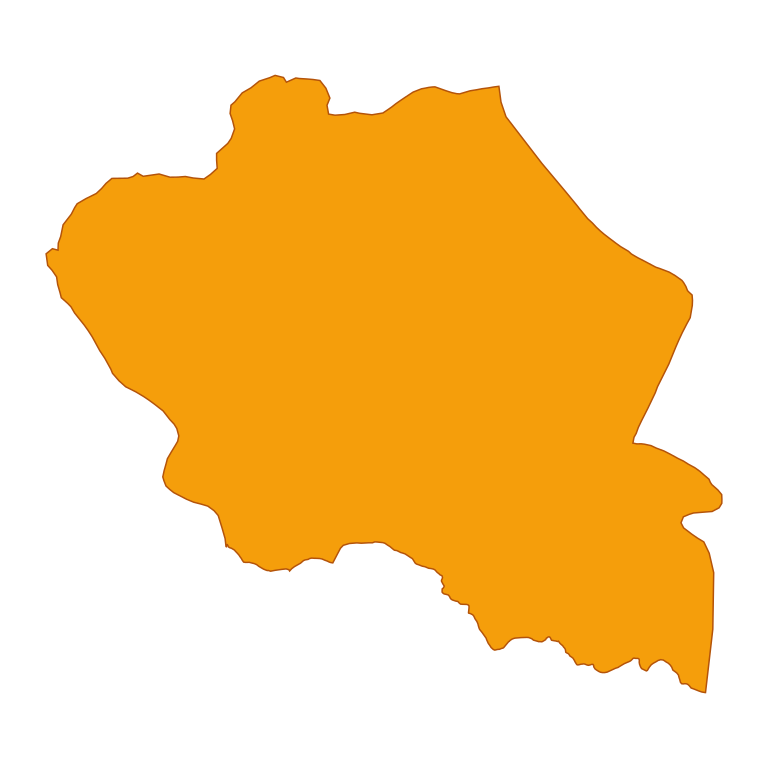 outline of Khoune, Xiangkhoang, Laos
{"feature_id": "54806243B13600000049447", "entity_name": "Khoune", "entity_type": "district", "adm_level": 2, "iso_a3": "LAO", "parent_name": "Laos", "parent_adm1": "Xiangkhoang", "projection": "natural_earth1", "projection_center": [103.534, 19.269], "detail": "fine", "context": "isolated", "style": "filled", "palette": "amber", "viewbox_px": 768, "rotation_deg": 0, "n_neighbors": 0, "source": "geoboundaries", "source_scale": "gbopen_adm2", "svg_char_len": 6050}
<svg xmlns="http://www.w3.org/2000/svg" viewBox="0 0 768 768"><path d="M434.0,86.9L432.2,87.0L428.8,87.4L425.4,88.1L421.5,88.8L413.1,92.1L406.1,96.7L400.9,100.2L395.9,103.7L391.7,107.0L386.8,110.4L382.9,113.0L371.9,114.8L359.6,113.3L354.7,112.2L344.8,114.5L335.0,115.2L328.6,114.1L327.0,105.3L329.9,98.1L325.9,88.2L319.9,80.5L313.0,79.5L307.1,79.0L299.2,78.5L295.8,78.0L286.4,82.2L283.5,77.5L275.1,75.4L269.7,77.7L259.3,81.1L251.0,87.8L242.2,92.9L234.9,101.8L231.0,105.2L230.1,113.5L232.6,120.7L234.6,128.9L231.2,138.4L227.8,143.4L216.6,153.4L216.6,160.1L217.2,168.4L210.4,174.5L204.0,179.0L193.2,178.0L185.3,176.5L177.9,177.1L170.0,177.2L159.1,174.0L143.2,176.3L137.5,173.1L133.1,176.5L127.7,178.2L111.9,178.4L106.0,183.4L101.6,188.5L96.3,193.5L86.0,198.6L77.2,203.7L74.7,207.6L71.3,214.2L63.1,224.8L60.7,236.5L58.3,243.1L58.0,250.2L52.4,248.7L46.1,253.8L47.7,265.4L52.1,270.3L56.6,276.9L57.7,284.6L60.1,292.9L61.3,297.7L67.6,303.3L71.0,306.8L74.6,313.0L84.2,325.0L88.2,330.6L92.2,336.8L99.8,350.7L104.9,358.4L110.9,369.3L112.5,373.3L119.0,380.8L125.7,386.8L135.7,391.8L143.6,396.5L148.5,399.8L154.0,403.8L163.1,410.9L169.8,419.5L174.1,424.1L176.8,428.5L178.8,435.9L177.7,441.3L175.5,445.1L171.3,452.0L167.4,458.7L166.1,463.7L164.1,470.8L162.8,476.9L163.9,480.6L166.0,486.0L169.7,489.4L173.7,492.6L186.7,499.3L193.7,502.2L201.1,504.1L207.8,506.1L214.1,510.7L218.2,515.5L222.1,528.1L225.1,538.6L226.0,546.5L226.3,546.7L226.5,546.3L226.7,545.6L226.9,544.8L227.1,544.6L227.4,544.6L228.0,545.8L228.3,546.8L229.7,547.7L231.5,548.3L233.0,549.2L234.5,550.1L235.2,551.0L237.2,553.1L238.9,555.0L240.0,556.7L241.4,558.6L242.2,560.1L243.6,562.1L244.4,562.2L245.2,562.4L247.3,562.4L249.2,562.3L251.4,562.9L254.3,563.6L256.6,564.6L258.9,566.4L261.6,568.0L263.5,569.1L265.7,570.0L267.1,570.5L268.5,570.5L270.6,571.2L275.2,570.3L281.6,569.4L286.1,568.9L288.9,569.7L289.6,571.0L289.7,570.9L291.7,568.7L294.5,566.6L300.5,563.2L303.5,560.6L305.2,559.9L308.1,559.4L309.7,558.5L311.7,558.1L314.4,558.3L315.7,558.3L319.7,558.5L322.1,559.0L324.8,560.2L327.3,561.1L329.1,562.0L330.9,562.6L332.8,562.9L337.6,553.7L340.5,548.2L343.3,545.3L349.4,543.5L356.8,542.9L361.3,543.2L368.6,542.8L372.4,542.8L374.8,541.9L377.0,542.0L380.8,542.4L382.8,542.6L384.8,543.2L388.2,545.5L389.9,546.5L392.0,548.3L394.1,550.0L394.5,550.2L396.9,550.6L401.1,552.7L401.9,552.8L403.9,553.5L405.1,553.9L406.0,554.5L408.3,556.0L410.8,557.7L411.6,558.1L412.5,558.8L412.9,559.4L415.2,563.1L416.4,564.0L417.8,564.5L419.0,564.9L421.0,565.7L422.3,566.2L423.9,566.5L425.2,566.8L427.5,567.8L428.9,568.3L430.7,568.5L432.2,568.8L433.7,569.2L435.2,570.1L436.2,571.3L437.2,572.4L438.9,573.7L440.0,574.8L441.9,575.7L442.2,576.2L442.5,577.7L442.2,578.7L441.5,580.2L441.5,581.2L442.8,583.8L444.2,586.0L443.8,587.2L443.0,588.3L442.2,588.9L442.1,590.8L442.1,592.1L442.9,593.1L443.6,593.5L444.0,593.9L446.3,594.4L448.3,595.0L449.4,596.3L450.6,598.7L452.2,599.9L455.8,601.1L457.9,601.5L459.1,602.9L460.5,604.1L462.6,604.3L466.5,604.4L468.0,604.8L469.0,605.9L469.0,608.0L468.5,612.7L468.6,613.1L470.4,613.6L472.6,614.7L473.8,616.1L475.1,618.9L476.9,621.5L477.9,623.8L478.4,625.9L479.1,628.2L479.6,629.4L482.1,632.5L486.2,638.3L486.5,639.4L488.3,643.4L489.7,645.3L491.1,647.5L493.3,649.5L494.8,650.1L497.7,649.4L499.5,649.3L500.5,648.9L501.6,648.4L503.0,648.1L503.8,647.5L508.6,641.7L509.2,641.4L510.1,640.4L512.1,639.1L513.9,638.4L515.1,638.1L521.0,637.6L526.7,637.4L528.5,637.5L530.5,638.2L532.0,638.9L533.4,640.1L538.9,641.7L539.9,641.6L541.4,641.8L542.0,641.7L542.4,641.6L545.6,639.7L546.5,638.0L547.4,637.7L547.7,637.3L548.3,636.9L549.1,636.8L550.0,637.3L550.5,638.1L551.0,639.2L551.5,640.2L552.3,640.4L554.5,640.8L555.9,641.0L557.5,641.5L558.0,641.4L558.5,641.2L559.8,643.1L561.0,644.3L562.7,645.7L563.4,646.8L564.8,648.4L565.4,649.6L565.6,651.1L565.8,652.3L566.9,653.0L568.2,653.6L569.1,654.5L569.8,655.9L571.6,657.1L573.0,658.2L574.3,660.3L575.2,662.1L576.2,663.7L576.8,664.6L577.6,664.9L578.8,664.8L581.0,664.2L582.4,664.1L583.3,663.9L584.9,664.1L586.7,664.9L588.3,665.3L589.5,665.1L590.5,664.8L591.2,664.5L592.3,664.3L592.6,664.5L593.1,664.5L593.6,665.3L593.8,666.9L595.1,669.0L596.8,670.2L598.7,671.4L600.4,672.2L602.5,672.6L604.6,672.6L607.2,672.1L615.4,668.3L618.2,667.4L619.0,666.8L624.2,663.7L628.1,662.0L628.6,661.9L628.9,661.7L630.5,660.9L631.3,660.2L633.2,658.3L634.1,658.1L635.6,658.4L637.9,658.4L638.9,658.9L639.3,659.8L639.3,661.0L639.2,662.1L639.5,664.1L640.5,666.8L641.6,668.6L646.3,670.9L647.4,670.4L649.2,667.3L651.3,664.7L653.4,663.2L656.5,661.5L658.2,660.4L659.9,660.0L660.2,659.7L661.3,659.7L661.9,659.9L663.2,660.0L664.3,660.7L666.0,661.9L668.3,663.2L670.3,665.1L671.8,667.3L672.8,669.9L672.9,670.1L674.6,671.3L676.7,672.9L678.4,675.0L678.9,677.0L680.0,680.5L680.4,682.2L681.6,683.7L683.2,683.9L684.7,683.7L686.4,683.8L687.8,684.4L689.1,685.5L689.9,686.5L691.1,688.0L693.6,688.9L698.9,691.0L701.8,692.0L705.3,692.6L705.5,692.6L712.8,629.2L713.7,572.7L709.2,553.2L703.8,541.9L697.5,538.1L691.7,534.1L683.6,527.9L681.0,522.8L683.4,516.8L689.1,514.4L693.5,513.0L703.0,512.2L712.1,511.5L719.1,507.8L721.8,503.3L721.9,499.4L721.7,494.6L717.9,490.0L711.8,484.6L710.3,482.3L709.0,479.2L703.6,474.6L699.7,471.2L695.1,467.9L688.2,464.1L683.3,461.0L678.1,458.5L669.7,453.9L663.8,450.9L656.5,448.2L651.0,445.6L644.5,444.2L641.2,443.8L636.8,443.9L632.9,443.1L634.0,437.3L636.2,433.4L638.3,427.5L641.6,420.6L647.8,408.4L655.3,392.7L657.5,386.7L660.8,380.1L668.8,364.1L675.8,347.0L678.9,339.9L682.3,332.6L686.9,323.7L690.2,317.7L692.3,305.4L692.5,300.3L692.1,295.0L688.8,292.0L687.5,290.6L685.9,286.5L683.6,282.6L681.9,280.4L675.3,275.7L669.2,272.1L659.7,268.5L655.8,267.2L644.9,261.4L637.9,257.8L635.1,256.2L631.4,254.0L628.5,251.3L620.6,246.6L615.9,243.2L608.9,237.9L604.1,234.2L600.0,230.7L596.4,227.3L592.4,223.0L587.6,218.6L579.4,208.6L577.0,205.5L565.3,191.3L541.8,163.3L506.0,116.8L501.0,102.1L498.9,86.3L493.6,87.0L488.5,87.9L482.2,88.7L476.4,89.8L470.1,90.8L459.6,93.9L456.8,93.7L452.0,92.7L445.8,90.7L438.2,88.0L435.1,86.9L434.0,86.9Z" fill="#f59e0b" stroke="#b45309" stroke-width="1.5"/></svg>